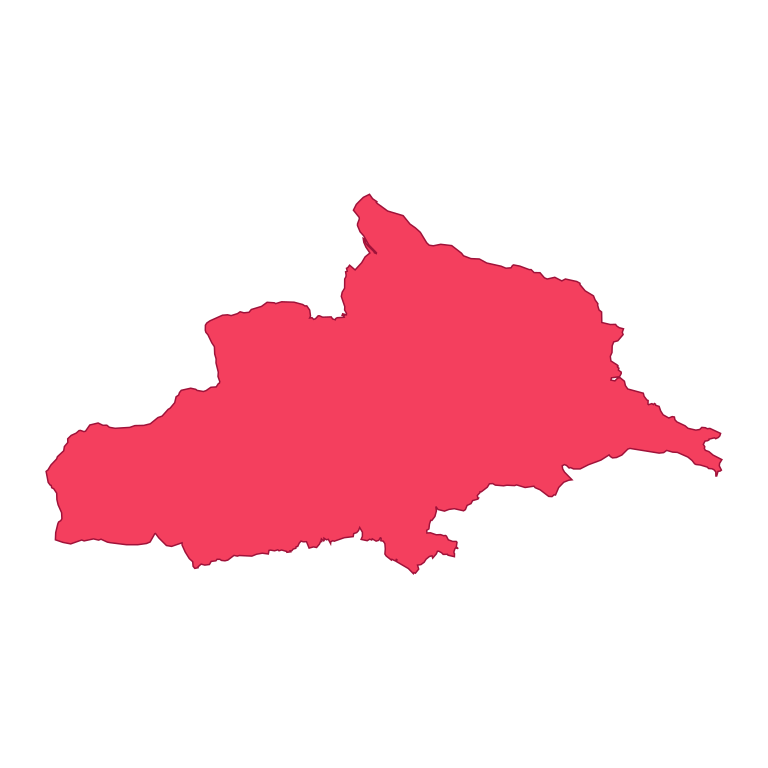 the district of Ghelari, Hunedoara, Romania
{"feature_id": "2599482B13335161568534", "entity_name": "Ghelari", "entity_type": "district", "adm_level": 2, "iso_a3": "ROU", "parent_name": "Romania", "parent_adm1": "Hunedoara", "projection": "equal_earth", "projection_center": [22.789, 45.717], "detail": "fine", "context": "isolated", "style": "filled", "palette": "rose", "viewbox_px": 768, "rotation_deg": 0, "n_neighbors": 0, "source": "geoboundaries", "source_scale": "gbopen_adm2", "svg_char_len": 6094}
<svg xmlns="http://www.w3.org/2000/svg" viewBox="0 0 768 768"><path d="M617.8,340.8L623.1,334.6L622.3,332.3L623.5,328.8L619.2,327.7L616.6,325.9L615.6,324.4L610.2,324.5L601.8,322.5L601.6,312.0L599.0,309.9L597.6,305.1L597.9,303.8L595.1,299.9L593.5,295.9L585.1,290.8L579.9,284.5L580.0,283.3L576.8,281.5L565.4,279.0L561.8,280.9L554.8,277.3L547.2,279.0L544.4,277.8L540.0,272.7L534.1,272.6L531.1,269.6L529.2,269.6L519.8,266.1L513.6,264.9L512.5,265.5L511.0,267.8L505.9,268.2L501.1,266.2L486.7,263.0L479.4,259.0L470.9,258.6L463.5,255.8L461.5,253.2L451.7,245.6L440.7,244.3L433.3,245.8L429.2,245.2L426.7,242.8L420.3,232.3L415.4,227.9L409.9,224.0L403.2,215.7L387.6,211.0L377.3,203.5L376.3,202.4L376.9,201.7L372.6,198.7L369.5,194.3L363.4,197.3L359.1,201.5L356.3,204.4L353.4,210.2L359.2,217.4L359.3,219.0L357.5,223.9L357.5,225.6L360.1,231.8L363.7,235.8L368.9,245.0L376.5,252.8L376.3,253.6L374.4,252.8L373.9,251.6L367.5,245.4L366.0,243.3L364.3,239.1L363.2,238.4L363.8,242.3L365.9,247.1L369.9,253.0L365.1,256.9L361.7,262.7L355.1,269.9L349.6,265.2L347.8,267.6L346.5,268.3L347.3,271.2L345.6,271.8L346.1,275.1L345.9,276.8L344.7,279.0L344.6,288.2L342.2,292.2L341.3,296.4L344.8,306.7L344.6,310.0L346.5,313.3L346.4,314.8L342.7,313.8L342.1,315.4L344.4,315.7L343.7,316.6L344.1,317.3L337.2,317.7L335.8,318.5L335.3,319.8L332.6,318.9L331.2,316.9L322.7,317.2L319.5,315.8L318.2,315.8L315.5,318.7L313.7,319.4L312.0,317.7L309.6,318.0L310.5,316.0L309.7,310.1L306.8,305.9L304.8,305.9L302.7,304.5L294.1,302.2L281.6,301.8L275.7,303.6L274.3,302.8L267.1,302.3L261.5,306.4L251.3,309.5L249.0,312.3L243.9,312.8L240.1,311.8L237.5,313.6L231.2,315.6L227.6,314.8L222.5,315.2L210.0,320.8L206.8,323.0L205.4,325.2L205.3,330.3L205.9,332.4L207.9,334.7L211.8,342.8L214.4,346.7L214.7,354.0L216.1,358.9L216.0,362.9L218.3,372.2L218.0,376.5L219.8,381.6L219.4,383.2L218.4,383.6L216.2,386.9L210.8,387.3L206.1,390.6L203.4,391.5L197.1,390.4L195.7,389.3L190.7,388.2L181.3,390.3L179.5,392.5L178.6,395.1L176.1,396.8L174.7,402.7L170.2,408.1L168.1,409.4L162.1,416.1L157.9,417.6L150.3,423.8L143.8,425.4L134.9,425.6L129.7,427.4L115.1,428.3L109.4,427.3L106.8,425.2L102.9,425.3L98.1,423.0L89.8,425.0L85.5,431.2L83.9,431.6L80.4,430.4L79.0,430.6L76.2,433.1L71.2,435.4L67.7,438.8L67.8,442.5L64.4,446.5L63.7,450.8L57.4,456.7L56.6,459.0L51.0,464.9L47.9,470.0L46.1,471.4L48.2,482.4L50.2,485.1L51.2,485.4L51.7,487.7L53.7,488.7L56.7,493.2L56.9,499.6L58.1,504.8L61.6,512.7L61.9,518.8L60.8,520.6L58.6,522.0L57.8,523.9L55.7,532.6L55.4,539.8L63.0,542.4L70.7,543.9L81.7,540.0L84.1,540.9L93.5,538.9L98.6,540.1L101.0,539.2L107.3,542.1L110.4,542.7L126.4,544.7L137.9,544.7L146.5,543.5L150.1,542.0L154.8,533.7L155.5,533.5L158.9,538.0L166.4,545.5L171.6,546.4L182.0,542.8L182.1,545.1L185.2,552.0L189.3,558.6L192.7,561.7L193.1,566.3L194.8,568.4L198.1,567.7L198.0,566.9L201.1,564.1L204.8,565.1L209.4,564.5L211.2,561.4L215.9,560.8L217.0,559.3L219.9,559.3L221.4,560.4L225.0,560.8L227.8,560.1L234.0,555.4L237.3,556.1L239.4,555.5L251.9,556.1L256.6,554.2L262.3,553.2L268.3,554.0L269.0,550.4L270.5,550.1L274.6,550.8L277.8,549.8L279.0,550.8L281.6,550.0L286.5,551.4L286.9,552.3L290.7,551.8L290.2,550.8L291.7,550.8L293.3,549.0L295.8,548.3L296.1,546.8L297.7,546.4L299.2,543.2L301.0,541.1L303.2,541.8L306.5,541.7L309.1,548.1L313.5,546.9L316.6,547.5L319.5,544.0L320.4,541.9L321.5,541.6L321.0,540.9L321.4,538.9L323.4,540.9L324.1,540.6L324.0,538.2L326.4,539.8L328.3,539.3L330.6,543.6L330.8,541.7L332.9,540.7L334.2,541.2L344.3,537.7L353.2,536.6L353.7,533.6L356.7,532.6L358.5,530.6L359.7,527.5L362.4,532.2L362.4,536.3L361.1,539.4L367.2,540.7L369.7,539.2L371.7,540.0L372.2,538.8L376.1,541.1L378.8,540.3L380.3,537.8L380.8,537.9L381.2,538.7L380.8,540.7L383.3,541.2L384.9,543.7L385.3,548.9L384.9,554.0L386.2,556.0L391.4,560.1L391.9,559.3L395.5,561.0L396.3,559.4L396.9,559.7L396.5,561.6L408.3,568.5L413.4,573.7L414.0,572.6L415.4,573.2L418.7,569.1L417.5,565.1L420.9,564.6L424.1,562.3L426.1,559.2L429.4,556.5L432.0,555.8L432.7,558.1L436.4,553.8L437.4,551.3L438.7,551.2L441.5,552.7L443.2,554.4L447.4,554.3L448.0,555.2L454.4,556.7L454.5,553.7L454.0,553.0L454.0,551.4L455.0,548.6L455.7,547.9L458.2,548.6L456.3,546.8L457.0,542.3L456.2,541.4L452.6,541.4L448.3,539.8L446.4,536.1L445.5,535.5L443.7,535.7L440.5,534.6L436.3,534.8L430.5,532.8L426.9,533.0L426.7,530.3L428.9,528.9L429.5,523.9L430.7,520.3L431.9,520.4L434.9,516.5L436.4,511.0L435.8,506.5L438.0,509.5L444.5,511.1L449.0,509.4L454.3,508.7L463.6,510.8L465.4,509.6L467.1,505.4L471.0,503.6L472.6,500.6L477.9,499.1L478.6,498.0L477.8,497.8L477.3,495.5L479.9,492.7L479.9,491.9L481.3,491.8L487.3,487.2L489.4,483.8L492.8,483.6L495.3,485.1L503.6,485.8L506.9,485.2L514.6,485.6L516.6,484.9L525.1,487.5L533.9,486.2L535.2,487.7L540.1,489.8L548.7,496.4L552.0,496.6L554.1,494.8L555.5,495.0L558.7,487.5L563.8,482.2L568.8,480.2L572.0,479.8L564.5,472.1L562.7,469.0L562.2,465.8L564.3,464.6L566.5,465.4L569.1,468.0L570.7,467.6L573.5,468.9L580.2,468.9L588.5,464.7L600.9,460.1L609.1,454.9L610.3,456.5L612.5,457.9L616.5,457.5L621.9,455.0L627.8,449.1L629.9,448.4L659.1,453.1L663.7,452.6L666.7,450.4L672.6,452.1L677.4,452.4L687.8,457.0L692.1,460.5L694.6,463.8L696.0,464.5L700.3,465.0L707.3,467.1L708.6,468.5L712.1,468.8L714.0,469.8L715.8,471.9L715.9,476.0L716.7,476.0L718.0,471.4L720.3,471.0L721.4,470.1L719.3,465.9L719.6,463.3L721.9,459.6L713.1,455.1L708.9,451.6L705.3,450.3L704.3,448.3L704.8,446.8L703.3,444.4L705.0,441.1L707.6,440.7L709.0,439.9L709.0,439.2L714.5,437.8L715.7,438.7L718.3,437.5L719.8,435.9L720.6,433.4L709.9,428.4L707.3,428.7L705.3,427.7L701.8,427.4L699.7,429.5L695.8,430.1L688.0,428.3L685.1,425.8L676.9,421.9L674.9,419.7L674.4,417.0L672.2,416.6L668.8,418.0L663.1,414.8L660.7,411.0L659.1,406.4L655.6,405.3L655.5,404.2L654.4,403.5L653.3,404.6L651.9,403.6L648.6,404.7L648.0,404.2L648.1,400.5L646.8,399.9L644.1,396.3L643.3,393.2L627.8,389.0L625.4,385.6L624.4,381.2L620.1,377.7L617.7,378.0L614.9,380.9L610.9,380.1L611.5,377.8L619.5,376.7L621.2,373.6L621.2,372.1L618.4,370.1L618.9,368.2L617.7,367.4L617.4,366.7L618.1,366.0L617.5,365.2L610.9,360.9L610.3,356.3L612.0,352.5L612.2,345.8L613.7,341.9L617.8,340.8Z" fill="#f43f5e" stroke="#9f1239" stroke-width="1.5"/></svg>